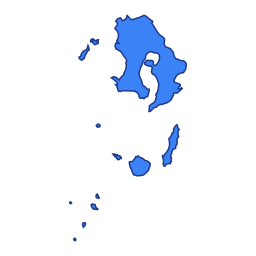 Kagoshima, Robinson projection
{"feature_id": "JPN-3501", "entity_name": "Kagoshima", "entity_type": "Prefecture", "adm_level": 1, "iso_a3": "JPN", "parent_name": "Japan", "parent_adm1": "", "projection": "robinson", "projection_center": [130.414, 30.803], "detail": "fine", "context": "isolated", "style": "filled", "palette": "blue", "viewbox_px": 256, "rotation_deg": 0, "n_neighbors": 0, "source": "natural_earth", "source_scale": "10m", "svg_char_len": 5605}
<svg xmlns="http://www.w3.org/2000/svg" viewBox="0 0 256 256"><path d="M183.4,72.7L182.0,72.8L180.6,73.2L177.9,74.5L176.9,75.3L176.1,76.3L174.9,78.4L173.9,81.6L174.7,82.4L177.1,83.2L178.8,83.7L180.2,84.5L180.4,85.4L180.2,86.1L178.7,87.1L178.1,88.4L179.4,88.9L181.7,87.8L182.2,88.6L177.2,93.1L175.3,92.9L173.5,93.4L173.4,95.2L172.8,96.3L171.6,98.8L170.8,100.0L169.9,100.9L168.8,101.7L167.6,102.4L166.5,102.9L163.9,103.8L162.1,104.3L160.3,104.5L158.4,105.3L157.1,106.3L156.7,107.0L153.8,107.8L151.6,110.2L150.4,111.3L149.0,111.5L149.4,106.0L151.2,104.3L154.0,102.5L155.0,101.7L156.5,96.3L155.7,94.8L157.6,91.6L158.2,88.9L158.7,84.8L158.6,83.2L157.7,80.8L156.8,78.4L155.3,75.7L152.2,73.7L151.4,71.5L152.3,67.9L151.6,66.5L147.5,65.7L146.3,65.0L145.6,64.8L144.8,64.2L144.3,63.2L145.9,61.0L147.6,60.2L149.3,60.5L151.1,60.4L152.8,60.8L153.5,62.2L153.3,64.5L153.5,65.1L154.5,65.4L155.4,65.4L156.0,65.0L157.3,63.7L158.9,61.1L159.6,57.8L159.2,54.8L157.3,52.9L154.6,53.0L151.0,51.6L148.1,52.5L145.9,55.2L145.7,56.0L145.4,58.2L145.1,58.9L143.2,61.1L142.7,62.0L142.1,64.8L140.9,66.9L140.0,69.2L139.2,72.6L139.1,74.2L139.4,75.9L141.5,80.6L142.4,84.0L143.1,85.7L144.2,86.4L145.2,86.7L146.6,88.9L149.2,89.2L149.3,90.3L148.5,93.2L148.2,94.6L147.8,96.3L146.6,96.9L145.2,97.4L144.0,98.8L143.1,97.9L142.4,97.9L141.5,98.3L140.6,98.3L139.5,97.7L139.2,97.2L139.1,96.0L138.4,94.1L137.6,92.9L134.6,91.1L123.8,90.7L122.3,90.8L120.4,91.5L118.6,91.3L117.9,90.1L117.6,88.6L117.2,87.4L116.5,85.6L115.6,84.6L116.4,84.7L117.5,84.8L117.6,83.8L116.8,82.4L114.9,80.5L112.9,78.8L111.4,77.9L113.2,76.9L113.7,76.7L114.4,76.8L115.3,77.2L115.9,77.3L116.7,77.6L118.1,79.3L119.0,80.1L120.2,78.2L123.5,74.9L124.3,72.2L125.2,70.9L126.0,67.9L126.4,65.1L125.7,63.1L126.6,61.4L126.5,59.9L125.8,58.5L123.8,56.2L121.2,52.0L120.3,51.3L117.0,49.3L115.9,48.9L115.8,48.1L115.0,46.3L115.7,43.2L116.4,42.6L118.6,43.4L119.5,43.8L117.6,41.8L116.8,40.6L118.1,38.4L118.5,34.7L118.0,33.0L117.4,31.2L116.6,30.5L116.4,30.1L115.2,29.0L115.2,27.5L116.1,26.7L117.3,24.9L117.3,22.9L115.7,21.2L117.5,18.9L120.4,17.8L122.5,20.6L123.9,20.1L125.4,19.1L126.3,18.2L126.5,17.7L127.1,15.5L127.9,16.2L129.8,18.4L130.5,19.1L131.5,19.5L132.7,19.5L134.5,19.1L136.0,18.4L139.7,17.3L140.7,16.8L141.6,16.5L142.4,16.1L143.2,15.6L144.2,15.4L145.7,15.9L150.1,19.6L152.8,21.4L151.9,23.3L152.7,24.8L153.4,25.5L157.8,32.6L159.1,34.3L160.6,35.6L162.2,36.4L164.0,38.2L164.6,39.6L164.2,43.4L164.6,45.4L165.1,46.3L165.7,46.8L170.5,48.7L171.2,49.8L173.0,51.8L173.4,52.6L173.6,53.3L173.6,54.1L173.8,54.9L174.0,55.7L175.4,58.3L176.2,58.9L177.9,59.2L179.9,60.4L180.4,60.5L181.0,60.6L181.7,60.6L183.8,61.0L185.1,62.0L185.9,63.1L186.3,64.1L186.3,65.0L186.0,66.9L185.9,68.2L185.6,69.3L183.8,72.1L183.6,72.5L183.4,72.7ZM150.2,163.5L149.9,166.4L148.3,170.5L145.3,173.6L143.4,175.0L141.3,175.4L139.3,175.7L137.0,175.8L133.6,174.7L132.9,173.4L131.7,170.4L130.0,166.4L129.5,164.2L129.3,161.9L130.0,161.6L132.6,161.5L133.9,159.6L135.3,158.0L135.7,156.7L137.2,156.7L137.9,155.8L139.7,157.3L142.8,158.4L145.0,160.4L147.7,161.2L150.2,163.5ZM176.6,124.9L177.3,124.9L177.4,126.3L178.2,128.3L179.2,129.7L178.0,130.8L178.0,133.5L178.6,136.6L176.8,139.7L177.1,141.3L177.1,143.9L176.6,145.1L175.7,145.7L175.7,147.1L175.5,148.4L174.3,148.9L173.3,148.9L172.6,150.4L171.8,151.5L171.7,153.4L170.7,154.8L170.8,156.1L170.6,156.7L171.2,157.3L171.5,158.3L171.1,159.2L170.9,160.1L171.5,161.4L170.5,162.6L170.4,163.7L169.1,163.5L167.8,163.9L166.5,164.2L165.4,165.1L165.1,166.1L164.0,166.1L163.8,165.2L163.1,164.2L163.3,163.1L163.6,161.6L163.4,159.4L162.8,158.0L162.5,156.3L162.6,155.6L163.4,156.0L163.9,156.1L164.4,154.7L166.1,152.8L168.2,149.7L169.0,147.3L169.6,145.3L169.6,144.0L169.4,141.4L169.1,140.3L169.2,139.5L168.8,138.9L169.7,137.8L170.7,136.4L172.0,134.1L172.0,133.1L173.0,132.8L173.6,130.9L173.5,129.2L174.9,126.7L175.8,125.7L176.2,125.2L176.6,124.9ZM88.0,45.5L88.5,46.8L89.0,48.5L89.1,50.0L88.2,50.6L87.5,51.3L85.0,55.7L84.2,58.4L83.5,58.9L81.8,60.2L80.6,59.6L79.3,58.6L79.0,57.1L80.5,56.5L81.5,53.7L83.3,51.2L84.4,50.6L85.9,50.1L86.9,48.8L87.5,47.2L88.0,45.5ZM98.4,39.8L98.1,40.2L98.1,40.5L98.2,41.0L98.1,41.6L98.1,42.1L98.3,42.4L98.3,42.7L98.1,43.2L97.7,43.8L97.0,43.8L96.3,44.0L95.4,44.6L94.4,44.5L93.9,43.9L93.5,43.7L93.3,43.5L93.1,43.1L92.9,42.6L92.4,41.9L92.4,41.2L92.9,40.9L92.7,40.7L91.9,41.0L91.4,41.8L90.8,42.0L90.6,41.7L90.6,41.2L90.8,40.2L91.4,39.4L92.3,38.8L93.6,39.2L96.3,41.5L96.8,41.7L97.0,41.2L96.7,40.3L97.1,39.9L98.1,39.7L98.4,39.8ZM118.4,155.5L120.0,156.1L121.3,157.5L121.3,158.5L119.8,158.5L119.2,159.5L117.8,159.7L116.5,158.1L116.6,157.1L116.3,156.3L115.1,156.9L114.4,155.7L113.6,155.0L112.9,154.0L114.5,154.0L116.3,155.1L117.1,154.6L118.4,155.5ZM95.4,204.9L95.7,207.2L97.8,209.0L97.4,209.2L97.3,209.5L93.3,209.1L92.5,207.9L91.7,207.0L91.1,205.0L92.4,203.9L94.1,204.6L94.4,204.5L94.7,204.6L95.1,204.7L95.4,204.9ZM82.8,223.1L85.0,222.6L85.6,223.9L84.9,225.8L83.3,227.2L82.7,225.2L82.6,224.1L82.8,223.1ZM99.2,124.6L100.1,125.2L100.2,125.9L99.5,126.7L98.7,127.2L97.9,127.2L96.8,126.6L96.7,126.5L96.7,126.1L96.3,125.4L96.6,125.1L97.1,124.8L97.8,124.2L98.2,124.0L98.8,124.2L99.2,124.6ZM98.9,197.4L99.1,197.7L99.2,197.9L99.2,198.0L98.7,198.4L97.5,198.0L96.8,197.8L96.1,197.0L95.9,196.8L95.9,196.6L96.0,196.1L96.1,195.8L96.7,195.2L96.5,194.6L96.8,194.5L97.4,194.1L97.8,195.1L98.3,196.0L98.9,197.4ZM74.1,240.1L73.8,239.4L74.1,238.6L74.6,238.2L74.8,238.3L75.0,238.5L75.3,238.5L75.5,238.8L75.8,239.7L75.6,240.6L74.7,240.6L74.1,240.1ZM69.7,202.6L69.8,202.1L70.3,202.0L70.8,202.1L71.3,202.5L71.6,203.0L71.4,203.3L70.6,203.7L70.1,203.4L69.7,202.6Z" fill="#3b82f6" stroke="#1e3a8a" stroke-width="1.5"/></svg>